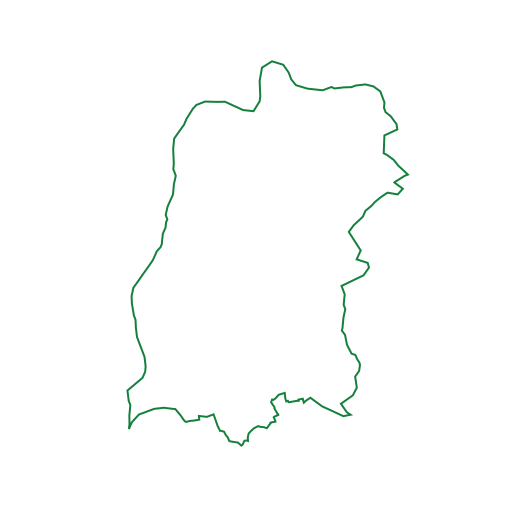 the district of Jos South, Plateau, Nigeria, rotated 162°
{"feature_id": "59680162B91711719497512", "entity_name": "Jos South", "entity_type": "district", "adm_level": 2, "iso_a3": "NGA", "parent_name": "Nigeria", "parent_adm1": "Plateau", "projection": "orthographic", "projection_center": [8.842, 9.759], "detail": "fine", "context": "isolated", "style": "outline", "palette": "green", "viewbox_px": 512, "rotation_deg": 162, "n_neighbors": 0, "source": "geoboundaries", "source_scale": "gbopen_adm2", "svg_char_len": 3039}
<svg xmlns="http://www.w3.org/2000/svg" viewBox="0 0 512 512"><g transform="rotate(162 256 256)"><path d="M215.1,75.8L217.9,79.3L220.7,88.6L220.9,89.2L206.9,93.6L200.8,99.6L199.0,110.6L193.4,114.9L190.8,120.2L190.6,122.7L191.6,126.3L192.1,131.2L195.3,133.6L196.9,143.4L195.7,153.5L197.4,158.5L196.4,160.1L196.0,160.8L191.8,170.5L187.5,177.8L187.7,182.5L183.5,192.1L183.8,199.2L183.9,201.1L159.7,204.4L152.1,210.1L151.9,214.9L161.3,221.7L155.3,228.3L154.7,228.9L160.3,250.2L153.7,255.0L142.3,260.3L138.0,265.1L137.9,265.2L131.0,267.9L126.5,270.5L119.6,273.2L111.4,275.6L102.2,270.8L95.6,274.6L101.7,283.2L101.4,283.4L89.9,286.3L86.4,286.5L90.2,293.4L92.8,298.0L95.4,305.0L100.4,311.9L102.8,314.2L96.6,331.0L82.5,332.7L81.6,337.9L84.7,347.3L88.3,352.7L88.5,357.4L86.4,362.3L86.7,369.3L86.9,374.1L91.9,381.0L99.0,385.4L108.5,387.3L113.1,387.1L120.2,389.2L129.6,391.1L132.0,393.4L141.3,393.0L147.4,395.7L155.6,399.4L155.8,399.6L160.3,402.7L165.2,406.1L167.9,413.1L168.2,420.2L171.0,429.5L180.6,436.2L192.1,433.3L198.5,421.2L200.5,414.0L202.5,406.8L204.7,402.0L213.6,394.5L223.2,398.8L228.0,403.3L230.5,405.5L237.8,412.3L244.8,414.4L256.7,418.6L266.0,418.1L270.5,415.6L279.5,408.1L283.9,403.1L290.7,398.1L297.5,393.0L301.7,383.4L303.7,376.2L305.7,369.0L307.8,364.2L307.5,357.4L307.5,357.1L311.8,349.8L316.0,340.1L318.2,337.6L320.4,335.2L324.9,330.2L329.2,322.9L329.0,318.2L329.4,317.8L331.2,315.7L333.3,310.9L337.7,306.0L339.9,301.1L342.0,296.3L344.2,293.8L348.7,291.3L349.7,290.2L353.2,286.3L355.4,283.9L362.1,278.8L368.9,273.8L375.6,268.7L382.4,263.7L386.7,256.4L388.7,249.2L390.5,237.3L390.3,232.5L392.3,225.3L394.2,215.8L393.9,208.7L393.4,199.2L393.2,194.5L395.1,185.0L397.2,180.1L401.6,175.2L419.8,167.8L421.8,157.7L421.6,153.0L425.8,143.3L428.3,135.1L430.4,130.7L425.5,136.2L416.4,141.4L409.4,141.7L400.1,142.1L390.7,140.2L382.9,136.6L380.0,135.3L376.9,127.6L375.5,122.7L374.8,121.0L373.8,119.8L370.2,119.6L365.0,118.5L360.5,117.9L359.7,121.5L352.4,118.2L345.3,118.5L345.0,106.1L344.2,100.8L343.0,100.4L340.7,98.8L340.0,94.9L338.9,92.3L338.6,88.2L338.0,87.8L330.8,84.1L328.5,80.2L327.2,80.6L326.3,81.4L324.8,83.3L324.3,83.7L323.9,83.8L323.3,83.8L322.5,83.6L321.6,83.2L320.8,82.6L319.9,86.0L317.8,89.5L314.9,91.1L311.1,92.8L310.5,92.9L307.0,93.5L305.9,93.2L305.5,92.7L303.6,91.7L301.4,90.8L299.0,88.9L297.9,89.5L296.0,91.0L293.9,92.3L294.1,92.6L293.9,92.9L293.2,92.9L293.0,93.0L292.8,93.0L292.1,93.0L291.7,92.8L291.4,92.9L290.8,92.7L290.4,92.6L289.7,92.6L288.7,92.5L288.7,94.4L288.9,97.2L287.3,97.7L286.4,97.6L285.4,98.0L284.6,97.8L283.9,97.9L283.8,98.3L284.5,100.3L285.6,105.3L285.1,106.4L285.7,108.2L286.8,112.3L285.0,114.5L284.0,113.8L282.8,114.1L280.6,115.0L279.6,115.7L277.2,117.0L276.3,117.0L271.0,116.9L272.1,111.5L272.2,110.1L272.1,108.3L270.4,108.4L270.1,106.9L269.9,106.7L262.2,105.7L260.2,105.1L260.0,106.3L255.6,105.8L255.8,103.6L255.8,101.7L255.3,101.9L253.4,102.9L252.3,103.2L248.1,104.4L247.1,103.0L244.5,99.4L239.5,92.5L232.2,85.8L224.9,79.0L222.5,76.7L215.1,75.8Z" fill="none" stroke="#15803d" stroke-width="2"/></g></svg>